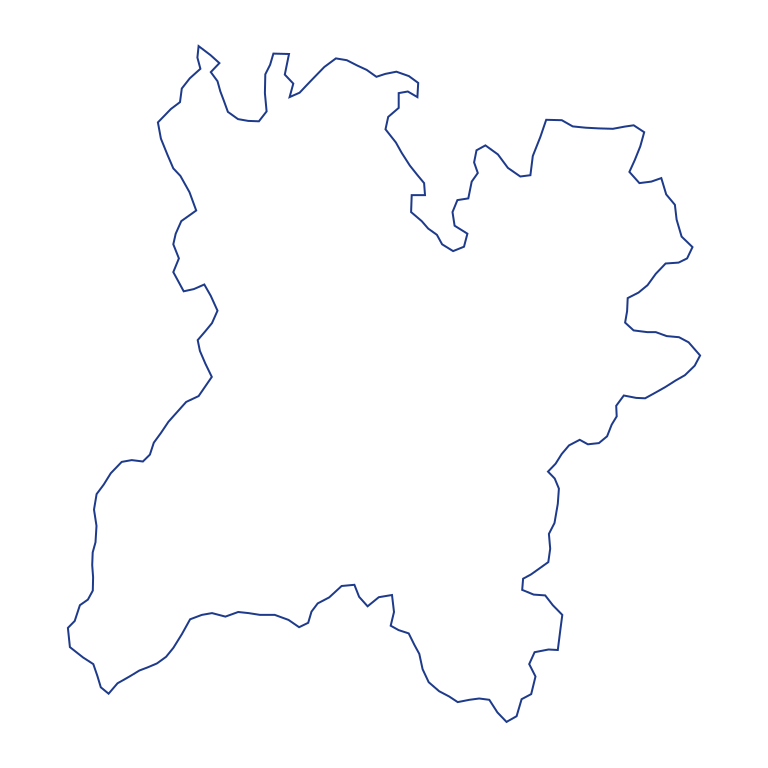 the district of Laje do Muriaé, Rio de Janeiro, Brazil
{"feature_id": "56859067B52854744724154", "entity_name": "Laje do Muriaé", "entity_type": "district", "adm_level": 2, "iso_a3": "BRA", "parent_name": "Brazil", "parent_adm1": "Rio de Janeiro", "projection": "natural_earth1", "projection_center": [-42.133, -21.251], "detail": "fine", "context": "isolated", "style": "outline", "palette": "blue", "viewbox_px": 768, "rotation_deg": 0, "n_neighbors": 0, "source": "geoboundaries", "source_scale": "gbopen_adm2", "svg_char_len": 3077}
<svg xmlns="http://www.w3.org/2000/svg" viewBox="0 0 768 768"><path d="M108.6,693.7L117.5,683.3L129.5,676.5L139.4,670.5L147.6,667.4L157.0,663.4L166.1,656.8L173.4,647.8L181.9,634.1L190.1,619.3L201.8,614.9L212.0,613.1L225.4,616.6L238.2,612.0L248.6,613.1L260.1,614.9L274.8,614.9L288.5,619.9L299.1,627.2L308.2,622.8L311.5,611.6L317.7,603.4L329.2,597.4L341.6,586.0L354.4,584.8L359.1,596.8L367.6,606.3L378.8,597.2L392.0,595.0L394.0,612.0L390.7,625.7L398.6,630.1L408.7,633.4L414.4,644.9L419.3,653.9L422.6,669.2L428.7,682.2L439.1,691.2L449.2,696.5L457.7,702.1L469.4,699.8L479.2,698.5L489.3,699.8L497.4,712.4L506.5,721.9L516.6,716.2L521.6,699.2L531.2,694.1L535.5,676.5L529.2,664.1L534.6,652.2L548.5,649.5L557.8,650.0L560.4,629.4L562.3,614.9L552.8,605.2L545.2,595.4L533.7,594.6L522.2,589.9L523.1,578.7L530.9,574.5L548.3,562.1L550.2,548.7L548.9,533.9L554.5,523.0L557.8,503.8L558.9,488.6L554.7,478.5L548.0,471.6L555.6,463.7L561.7,454.0L569.0,445.4L579.7,439.8L587.9,444.3L598.9,443.1L607.1,436.3L611.7,424.6L616.7,416.4L616.2,405.8L623.8,395.5L636.2,397.9L645.1,398.3L654.2,393.3L665.2,387.1L675.6,380.5L684.9,375.2L694.7,365.7L700.1,355.5L688.6,342.3L679.0,337.2L666.7,336.1L655.7,332.1L647.0,332.1L633.6,330.4L625.1,322.6L627.1,311.2L627.7,298.1L638.5,292.6L647.6,285.1L655.7,273.9L665.6,263.5L678.6,262.6L687.1,258.4L692.5,247.1L681.6,236.6L676.6,219.6L674.9,204.8L666.2,194.4L661.3,178.1L651.3,181.6L639.4,183.1L629.4,171.9L634.8,160.0L640.3,146.3L644.2,132.2L633.7,125.3L624.7,126.6L612.9,128.8L598.9,128.4L585.7,127.7L572.7,126.4L561.8,120.2L546.2,119.8L540.4,136.8L532.8,156.0L530.4,175.2L520.3,176.5L507.9,167.9L497.9,154.4L485.4,145.4L476.5,150.3L474.1,162.4L477.8,173.0L471.7,181.6L468.3,198.4L457.4,200.1L452.5,212.1L454.6,225.7L467.4,233.7L464.0,246.7L453.1,251.1L442.1,244.3L436.9,234.8L428.2,228.6L421.7,221.1L411.1,212.1L411.7,195.1L425.0,195.1L424.1,183.1L417.2,174.8L409.8,165.5L401.6,152.7L395.9,142.5L385.5,129.3L388.2,116.9L398.7,107.9L398.7,93.1L407.8,91.5L417.4,97.1L418.2,82.9L408.9,76.1L396.4,71.7L385.3,73.9L376.4,76.8L366.7,69.9L357.2,65.5L346.8,60.2L335.9,58.4L324.3,67.0L313.7,77.9L306.1,85.8L299.6,92.7L289.6,97.1L293.3,83.6L284.8,74.6L289.0,54.0L273.4,53.6L270.1,64.8L265.3,74.3L264.9,93.1L266.6,111.4L258.9,121.3L248.2,120.9L238.0,119.1L227.9,111.9L223.8,100.6L220.3,91.3L217.5,81.2L210.8,72.1L219.4,63.1L210.5,55.1L198.6,46.1L197.4,57.6L200.4,68.8L189.8,78.3L181.8,88.5L180.0,102.1L170.9,109.0L157.9,122.4L160.9,138.6L167.5,154.9L173.3,168.4L180.4,175.9L189.5,192.2L196.2,210.5L181.3,221.1L175.7,233.7L173.3,244.3L178.9,258.4L173.3,272.1L183.7,291.3L193.8,289.1L204.3,284.5L210.8,295.9L217.5,310.7L212.0,323.1L205.1,331.5L197.7,340.1L199.9,350.9L205.3,363.5L211.8,376.9L198.6,396.1L186.2,401.9L168.5,421.7L160.9,433.0L153.8,442.7L149.9,454.6L142.9,461.5L131.7,460.1L121.7,461.9L110.8,473.2L103.7,484.6L96.6,494.1L94.0,509.6L96.5,525.9L95.5,542.3L92.7,552.4L92.2,565.0L93.1,577.3L92.8,590.6L87.9,599.6L79.9,605.2L74.7,621.0L67.9,627.9L69.9,647.1L83.1,657.5L93.3,664.1L97.4,676.0L100.8,687.3L108.6,693.7Z" fill="none" stroke="#1e3a8a" stroke-width="2"/></svg>